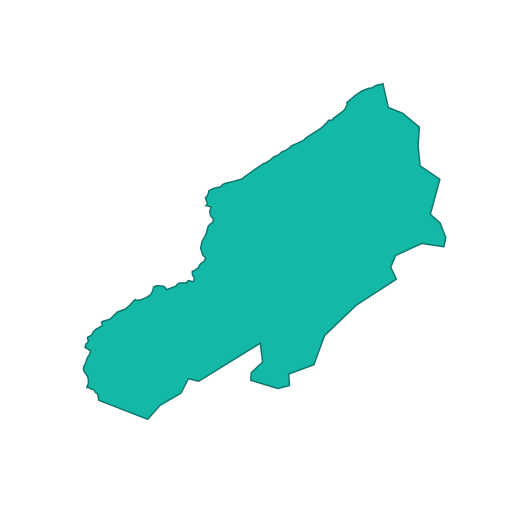 outline of Harlan, Kentucky, United States of America, rotated 165°
{"feature_id": "52423323B63202283585977", "entity_name": "Harlan", "entity_type": "district", "adm_level": 2, "iso_a3": "USA", "parent_name": "United States of America", "parent_adm1": "Kentucky", "projection": "orthographic", "projection_center": [-83.118, 36.843], "detail": "fine", "context": "isolated", "style": "filled", "palette": "teal", "viewbox_px": 512, "rotation_deg": 165, "n_neighbors": 0, "source": "geoboundaries", "source_scale": "gbopen_adm2", "svg_char_len": 2460}
<svg xmlns="http://www.w3.org/2000/svg" viewBox="0 0 512 512"><g transform="rotate(165 256 256)"><path d="M440.0,218.5L439.7,217.6L441.0,215.9L443.0,215.1L444.8,211.8L443.3,210.5L440.4,207.1L441.1,205.4L442.6,203.8L443.6,203.0L446.6,199.6L447.7,197.3L448.8,196.3L449.7,194.8L450.8,194.1L451.7,192.2L452.1,190.9L451.8,188.5L451.6,188.2L450.5,184.9L449.8,183.5L450.0,179.3L450.4,178.6L450.8,176.2L453.1,173.6L453.4,172.6L451.7,172.4L450.5,170.9L449.1,169.6L448.2,169.5L447.5,169.4L446.3,165.6L444.6,163.8L444.6,163.5L445.1,158.9L445.2,157.3L402.9,126.3L387.3,136.6L363.9,143.0L353.1,155.0L343.7,149.9L274.4,170.7L277.0,151.9L290.7,144.5L293.3,137.3L269.1,122.3L257.2,122.2L255.0,133.5L228.2,136.0L210.4,161.4L171.7,182.6L126.4,197.3L128.8,210.3L120.9,220.4L92.5,225.2L72.1,216.3L67.9,224.6L69.6,240.3L76.8,251.1L58.6,282.5L74.2,300.6L70.9,320.4L64.9,338.2L77.4,355.9L89.8,365.3L88.8,389.7L90.6,389.1L92.6,389.8L96.6,389.5L101.0,388.3L103.6,388.8L106.5,388.6L111.3,387.9L113.8,387.1L118.5,385.4L128.2,380.9L128.7,380.3L128.3,379.3L128.5,378.9L132.1,374.8L134.0,373.6L145.3,369.0L147.4,367.6L148.5,367.4L149.7,368.3L150.3,368.3L152.0,367.5L153.0,366.4L153.6,366.0L155.3,365.5L156.0,364.7L160.2,362.6L176.5,357.4L178.1,356.7L179.1,355.8L181.7,355.0L193.3,353.2L193.9,353.1L194.6,352.2L200.8,350.1L202.6,350.2L204.5,349.7L207.9,347.8L212.8,347.3L218.4,344.6L223.1,343.3L224.4,343.4L234.2,340.1L246.5,335.5L249.6,334.0L260.9,333.9L266.0,334.2L269.5,333.7L272.4,332.0L278.8,332.3L284.6,331.3L285.9,328.7L287.9,326.3L289.8,325.5L289.5,321.3L289.2,320.2L290.5,317.8L291.1,317.6L287.0,315.3L287.1,314.4L287.7,313.2L289.2,311.1L289.4,306.8L287.5,302.4L289.2,299.5L292.5,298.5L295.0,296.4L297.7,291.4L300.1,288.2L301.7,286.8L304.7,283.5L307.5,277.7L307.2,271.2L306.7,269.8L305.5,268.4L305.3,267.3L305.5,266.6L307.2,264.6L311.8,262.6L313.2,261.4L314.4,259.8L318.8,258.0L321.5,257.7L322.3,254.7L321.2,250.4L323.1,247.4L325.0,248.2L326.9,249.5L328.2,249.6L330.3,248.0L335.1,249.4L338.1,249.5L340.1,248.6L341.3,247.6L350.6,246.7L351.2,246.9L352.1,249.6L353.6,250.9L359.2,252.9L361.2,252.9L363.1,252.4L364.5,249.5L367.7,245.9L373.5,244.0L379.2,243.5L382.7,244.0L383.6,245.0L384.6,245.0L390.2,241.4L395.8,238.6L404.3,237.8L413.4,232.8L419.8,232.5L420.7,232.7L422.2,232.2L422.5,231.5L422.1,230.3L422.1,229.1L423.1,228.4L429.6,226.6L432.9,224.9L434.3,223.0L436.1,221.8L439.2,221.3L439.7,220.9L440.2,219.2L440.0,218.5Z" fill="#14b8a6" stroke="#0f766e" stroke-width="1.5"/></g></svg>